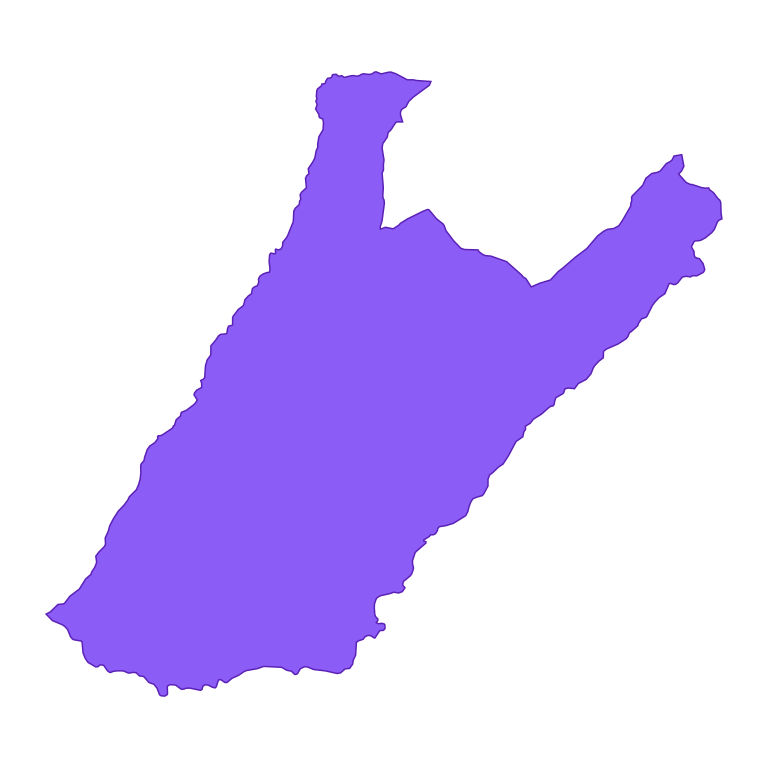 the district of Albán (San José), Nariño, Colombia
{"feature_id": "7082276B58803331462787", "entity_name": "Albán (San José)", "entity_type": "district", "adm_level": 2, "iso_a3": "COL", "parent_name": "Colombia", "parent_adm1": "Nariño", "projection": "mercator", "projection_center": [-77.067, 1.474], "detail": "fine", "context": "isolated", "style": "filled", "palette": "violet", "viewbox_px": 768, "rotation_deg": 0, "n_neighbors": 0, "source": "geoboundaries", "source_scale": "gbopen_adm2", "svg_char_len": 6061}
<svg xmlns="http://www.w3.org/2000/svg" viewBox="0 0 768 768"><path d="M46.1,614.1L52.4,620.6L62.7,624.9L65.0,626.7L67.6,629.5L70.5,636.7L72.4,639.0L73.6,639.7L81.5,641.1L82.2,642.9L83.0,652.8L85.2,658.3L88.0,662.4L95.8,666.9L98.0,666.7L99.9,665.0L101.8,664.9L103.8,665.5L107.5,670.8L109.5,672.3L110.5,672.5L113.2,671.4L116.5,670.9L120.6,670.8L123.6,671.0L128.0,672.9L129.6,673.1L132.6,672.4L136.2,672.7L139.4,675.9L143.1,676.4L144.3,677.1L148.9,682.5L154.1,684.4L157.1,688.3L159.3,694.1L160.0,695.2L161.2,695.8L164.8,696.1L167.0,694.8L167.5,693.9L167.3,687.0L167.6,686.0L170.0,684.6L175.7,685.1L181.2,689.2L183.4,689.2L186.4,688.2L189.8,688.1L200.5,690.3L202.0,689.5L202.8,686.3L205.0,684.8L208.2,685.1L212.3,687.2L214.9,687.9L215.8,687.5L216.6,685.9L217.9,681.6L219.1,679.5L221.2,679.9L224.7,682.4L226.9,682.6L232.0,678.3L238.8,675.2L243.7,671.8L246.3,670.6L257.5,668.6L263.7,666.4L281.6,667.3L286.9,670.3L291.4,671.2L294.8,674.5L296.7,674.2L297.7,673.4L299.9,669.4L301.1,668.3L304.7,666.7L307.5,667.0L313.7,669.5L325.5,670.9L337.1,673.5L340.6,672.9L345.1,668.9L349.6,668.4L352.6,664.2L353.3,660.1L355.6,655.2L356.4,642.4L358.5,640.8L363.1,639.3L365.1,636.7L368.0,635.4L370.7,635.7L374.1,637.9L374.9,638.0L379.8,630.6L383.3,630.4L385.0,628.7L384.9,624.8L384.1,623.9L381.8,623.3L378.9,623.7L377.3,623.3L376.3,622.5L377.7,620.8L377.9,619.0L375.7,616.8L374.8,614.5L374.3,607.7L374.5,603.9L376.0,599.3L377.2,597.6L380.2,595.8L390.3,593.5L393.8,592.2L398.6,593.0L402.4,591.6L405.0,587.7L402.9,585.4L402.8,583.5L403.6,581.3L410.2,575.9L411.7,573.9L413.2,569.6L413.5,567.9L412.6,564.1L412.5,560.7L414.9,553.3L415.9,551.7L425.9,543.1L425.9,541.6L423.8,541.1L423.8,539.9L429.3,536.5L430.4,534.9L433.5,534.7L435.5,533.7L437.4,530.6L437.9,528.4L439.3,526.7L446.1,525.6L453.4,523.3L465.7,515.7L467.8,511.7L469.0,506.8L470.5,502.7L472.5,499.3L473.6,498.4L477.6,496.9L482.3,495.6L483.8,493.8L488.0,486.0L488.0,479.2L489.6,475.0L492.9,472.5L498.3,467.2L503.0,464.1L508.6,455.5L516.0,441.5L522.8,436.8L523.9,431.7L525.5,429.6L525.4,426.2L530.2,423.3L533.5,419.1L541.5,414.1L548.7,407.7L550.7,406.3L553.1,405.9L554.2,404.3L554.6,401.4L555.9,397.7L563.0,393.6L563.7,392.7L564.9,388.9L568.2,388.0L574.5,388.7L578.3,383.5L586.1,379.5L590.9,373.9L593.2,368.1L594.8,365.5L599.2,360.9L603.3,357.8L603.5,351.8L604.0,350.9L606.6,349.0L618.0,344.0L626.2,338.7L628.1,336.2L629.4,332.6L631.2,331.6L637.8,325.7L638.4,323.5L641.5,318.9L645.8,317.4L646.8,316.5L652.4,305.5L654.9,302.1L659.1,297.6L664.9,293.7L669.1,283.7L670.1,283.3L673.5,284.5L675.5,284.4L677.7,282.9L682.4,277.0L686.1,276.3L690.6,276.9L692.5,275.7L696.9,275.8L703.1,272.5L704.0,271.4L704.7,269.3L703.1,263.6L699.4,258.6L697.4,258.3L695.0,257.1L694.2,255.1L694.0,251.4L691.4,246.9L693.9,241.9L694.9,241.0L699.7,240.6L701.6,239.9L705.4,237.8L711.8,232.6L714.4,229.3L717.6,221.6L719.0,220.2L721.9,218.9L721.1,213.2L720.7,202.3L719.8,200.2L717.9,198.5L713.5,192.7L709.8,189.9L708.6,187.9L705.4,188.2L701.6,187.6L692.1,184.5L690.5,184.5L686.6,182.7L685.0,181.2L678.6,174.1L681.5,171.1L683.9,166.3L681.7,154.7L674.0,156.0L672.2,159.8L670.1,161.6L666.3,163.6L660.2,171.1L657.5,172.3L651.8,173.5L645.9,178.3L642.7,185.3L632.2,196.0L631.6,197.2L631.7,201.1L631.0,202.6L630.6,206.3L622.6,220.2L618.9,225.7L613.8,228.5L607.7,229.3L605.9,230.1L603.3,231.5L597.7,235.8L586.7,248.7L575.5,257.1L562.9,268.0L558.4,271.4L550.4,280.0L540.1,283.1L531.2,286.9L525.8,278.5L523.3,277.1L521.5,274.9L506.5,261.6L490.9,256.1L485.5,255.6L483.3,254.8L479.3,252.0L478.0,249.9L464.5,249.5L460.9,248.3L453.9,241.1L446.0,230.7L444.1,225.4L443.1,224.0L436.5,218.8L428.9,209.7L427.5,209.5L423.3,211.1L407.9,218.7L400.6,223.2L398.5,225.4L393.2,228.8L385.4,227.3L380.4,229.2L380.2,226.7L382.0,221.2L384.4,203.1L384.0,199.9L383.1,198.3L382.8,195.6L383.3,187.4L382.1,173.1L383.5,170.0L383.4,164.8L384.0,160.0L382.1,148.1L382.8,143.6L387.3,137.1L388.1,132.7L391.2,129.5L395.3,123.1L396.7,121.9L402.6,121.9L400.5,114.8L400.5,111.9L401.8,109.3L405.9,106.8L408.8,101.4L413.4,97.0L429.4,85.2L430.9,81.5L416.4,80.5L413.2,79.8L407.3,79.8L396.0,73.8L391.1,72.1L388.5,72.2L381.2,73.9L376.3,71.9L374.5,72.1L372.0,73.9L370.9,74.1L369.2,74.4L363.3,73.8L361.2,74.4L359.3,75.6L356.6,76.2L354.0,75.6L351.4,75.7L344.6,77.3L343.9,77.3L341.9,75.7L338.7,76.3L336.2,74.3L333.2,74.5L332.3,75.1L331.9,76.8L330.8,77.8L327.5,78.4L325.7,81.3L325.3,83.2L324.3,83.8L321.9,84.0L321.4,85.9L317.6,88.8L316.8,90.6L316.3,96.6L317.0,98.8L315.9,101.0L317.1,104.8L315.6,108.9L319.0,114.7L319.1,116.9L319.8,117.8L322.7,119.0L323.5,122.4L323.0,129.8L318.9,136.7L317.7,144.1L317.8,147.4L316.2,150.6L314.8,158.1L312.7,162.1L308.3,168.6L308.9,173.9L306.8,175.6L305.5,178.3L306.4,187.7L301.5,192.3L300.1,194.8L300.8,199.5L299.6,201.1L299.3,204.1L298.7,205.1L295.3,208.2L293.8,211.0L293.3,221.6L287.9,235.0L286.6,237.6L282.8,242.2L282.6,245.8L281.2,248.8L278.5,249.9L275.8,249.1L275.3,249.8L275.6,253.3L274.9,253.8L270.8,253.1L269.6,254.8L269.1,261.5L270.0,269.3L269.4,272.3L266.7,272.6L263.1,274.0L260.0,276.1L258.5,278.9L258.7,282.4L257.7,285.0L256.9,285.9L254.2,287.0L252.4,288.6L251.5,293.7L248.4,295.9L245.0,299.6L243.7,304.8L242.8,306.1L238.4,309.3L233.1,316.3L232.6,317.5L232.6,324.7L232.0,325.3L228.6,326.1L227.6,328.5L226.9,333.1L225.8,333.9L220.8,334.3L218.5,335.9L215.8,340.0L210.9,345.8L210.8,355.0L207.2,359.9L205.5,365.7L204.7,377.5L203.4,379.2L200.7,380.5L201.6,383.2L201.7,387.4L196.6,390.2L194.5,393.0L194.0,394.8L197.2,399.9L195.8,402.5L194.0,404.5L186.4,410.3L181.3,412.4L180.4,416.1L176.2,419.7L174.5,425.2L173.2,426.1L173.1,427.1L171.9,428.5L162.5,434.8L160.7,435.6L158.3,435.8L157.6,436.4L157.9,438.5L154.8,442.7L149.9,445.9L147.3,449.4L144.7,457.0L144.0,460.6L141.2,463.9L140.7,465.3L140.8,473.1L140.2,478.9L138.6,484.6L136.5,489.6L129.4,496.7L127.7,500.2L123.9,505.3L118.3,511.1L113.4,518.7L109.8,525.6L108.2,531.4L105.2,538.0L105.5,544.2L104.5,546.4L98.9,552.0L95.8,556.2L96.6,561.6L96.3,563.5L94.7,567.4L91.6,572.1L91.0,574.3L85.7,578.9L79.4,589.0L69.9,596.2L64.6,603.2L63.5,603.9L57.9,604.5L50.4,611.8L46.1,614.1Z" fill="#8b5cf6" stroke="#5b21b6" stroke-width="1.5"/></svg>